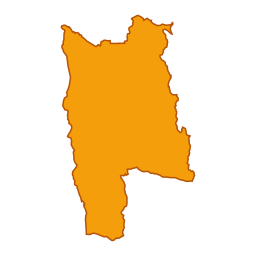 outline of Pietrosani, Arges, Romania
{"feature_id": "2599482B78356313934610", "entity_name": "Pietrosani", "entity_type": "district", "adm_level": 2, "iso_a3": "ROU", "parent_name": "Romania", "parent_adm1": "Arges", "projection": "albers", "projection_center": [24.853, 45.151], "detail": "fine", "context": "isolated", "style": "filled", "palette": "amber", "viewbox_px": 256, "rotation_deg": 0, "n_neighbors": 0, "source": "geoboundaries", "source_scale": "gbopen_adm2", "svg_char_len": 5759}
<svg xmlns="http://www.w3.org/2000/svg" viewBox="0 0 256 256"><path d="M192.3,181.1L192.6,180.0L193.6,177.8L194.0,176.4L194.6,175.6L194.0,174.0L194.0,173.6L194.2,173.1L193.4,171.7L192.6,171.0L191.7,171.5L191.3,171.4L190.4,170.2L189.2,170.1L188.7,169.6L188.3,168.3L188.7,165.8L189.0,165.0L188.5,164.2L187.5,163.8L187.2,163.0L187.3,162.6L187.9,161.8L187.8,161.1L187.9,159.9L188.1,159.6L188.3,158.9L187.8,158.0L187.7,157.6L188.0,156.8L188.7,156.0L189.2,155.1L189.1,154.0L189.6,153.4L189.6,152.7L189.3,152.1L189.2,150.7L189.3,150.4L189.9,149.9L190.0,147.8L190.4,146.3L190.3,145.5L189.5,144.2L189.1,142.2L189.1,140.1L188.6,138.7L189.8,136.4L190.1,136.0L189.5,135.6L189.0,135.9L188.4,135.8L187.5,135.1L187.1,135.0L186.8,134.8L186.2,132.9L185.8,130.2L185.4,128.6L184.9,128.2L183.4,127.7L182.8,127.2L182.5,127.2L182.4,128.2L181.7,129.2L182.0,130.5L181.9,131.0L180.9,132.5L179.7,132.1L177.6,130.1L177.4,128.9L177.0,128.5L176.9,127.4L177.2,127.0L177.1,126.3L176.3,125.4L176.3,124.8L175.8,124.0L175.8,122.8L176.3,121.7L176.8,121.2L176.8,120.5L177.3,119.7L177.2,118.4L176.2,117.2L176.1,116.7L176.0,115.1L176.6,113.5L176.5,112.2L176.6,111.9L176.6,111.6L176.0,110.9L176.0,109.6L175.4,108.3L174.9,107.8L175.0,107.1L174.8,106.6L175.5,106.2L176.1,105.5L175.4,104.4L175.4,104.0L176.6,101.4L176.9,100.9L178.1,100.5L178.1,98.2L177.6,97.3L176.8,96.5L176.8,94.7L173.9,94.9L172.1,94.5L171.2,93.3L170.1,92.5L169.9,92.1L170.1,90.4L169.5,89.2L169.2,86.7L168.3,86.7L168.3,83.9L168.8,81.9L171.0,77.5L170.5,77.4L171.1,75.4L170.2,75.3L168.1,71.2L167.5,69.4L167.3,66.4L166.5,65.9L165.6,64.8L165.3,63.6L165.3,62.6L164.3,61.5L162.8,60.4L161.7,60.0L160.0,56.8L159.9,55.8L160.1,55.2L162.1,54.8L163.1,52.7L163.3,50.3L164.8,48.2L165.8,47.4L166.7,47.1L167.1,45.4L167.3,43.4L167.7,42.4L167.2,40.0L166.9,39.5L166.0,38.7L165.7,37.9L165.7,35.2L165.3,34.4L164.1,33.3L163.5,32.4L162.9,31.0L162.9,30.3L164.5,29.3L165.5,29.4L167.7,30.7L171.5,34.0L172.0,34.1L170.8,30.9L170.2,28.9L171.1,26.2L172.9,24.1L172.5,22.0L172.0,23.7L170.5,24.8L166.3,25.2L164.8,24.9L162.4,24.1L160.0,25.5L158.0,25.4L157.0,25.6L155.2,24.4L154.3,24.3L153.4,23.7L151.3,22.1L151.4,20.4L150.3,20.7L147.2,18.3L143.8,20.3L143.4,18.7L142.0,17.5L138.2,15.4L136.7,15.8L131.8,18.4L131.6,19.0L133.1,20.4L133.2,21.5L132.9,22.2L132.8,23.4L132.9,24.1L132.4,25.6L129.2,27.7L128.8,28.8L129.2,30.6L129.5,31.1L129.8,32.1L129.6,33.3L129.1,33.7L127.9,33.6L127.6,33.9L127.1,36.3L127.4,39.8L127.2,40.8L126.7,41.1L125.2,41.0L124.5,41.5L124.5,42.4L124.7,43.3L118.2,43.3L118.3,43.5L110.5,43.4L110.1,40.6L107.7,40.8L105.6,40.3L104.1,40.2L102.9,41.1L101.9,41.4L101.0,42.0L100.8,43.1L100.9,44.9L100.5,45.1L100.1,45.9L99.7,45.8L99.4,45.3L98.6,44.6L98.1,44.6L97.7,45.4L95.9,46.6L87.0,41.2L82.8,37.3L81.7,37.0L81.7,36.5L81.5,35.3L80.6,35.0L79.9,35.2L79.9,34.7L79.3,34.5L79.1,34.2L79.1,33.7L78.6,33.1L78.0,33.1L77.1,32.6L75.6,32.7L74.7,33.2L74.5,32.6L74.0,31.8L73.3,31.7L72.6,32.0L70.5,28.4L69.6,27.6L69.5,27.3L69.1,27.4L68.9,26.8L67.3,26.7L66.1,25.7L65.2,25.3L63.9,25.2L61.7,26.0L61.4,27.0L61.5,27.7L63.1,29.3L64.4,29.8L64.8,30.6L64.7,31.6L64.2,32.8L64.0,35.2L63.9,39.5L63.2,41.9L63.3,44.4L62.7,44.5L62.1,45.4L61.9,46.8L62.1,48.0L63.4,50.4L63.4,51.5L66.8,56.0L68.0,65.8L70.5,77.2L69.5,84.2L68.8,87.2L66.6,92.7L66.9,93.3L67.3,95.7L66.2,97.0L64.5,98.1L63.5,100.8L62.8,105.9L63.0,106.5L63.7,107.4L64.7,109.7L67.5,110.4L68.1,111.2L67.9,111.7L68.0,112.1L67.8,114.1L67.5,115.1L67.4,115.8L68.0,117.0L68.1,117.9L67.7,118.5L67.6,119.0L67.7,119.4L68.7,120.4L69.0,121.7L68.8,123.2L69.3,123.7L69.7,123.7L71.4,125.7L71.8,127.6L71.7,128.3L70.0,132.1L68.6,134.2L67.5,136.4L68.5,137.3L69.0,137.3L70.8,137.9L71.6,140.9L71.2,144.6L72.9,148.1L74.3,150.0L74.5,150.5L74.4,151.0L73.6,151.4L73.4,152.4L73.4,153.4L74.0,156.8L73.8,159.0L74.7,161.8L76.1,164.1L76.9,164.7L76.5,165.8L76.6,166.7L76.5,167.0L76.2,167.1L72.6,171.9L72.8,172.9L72.5,173.4L72.3,174.0L72.6,174.6L72.6,175.2L73.2,176.1L73.5,177.6L73.4,178.5L73.7,178.8L74.2,180.0L74.9,180.7L74.6,182.6L74.7,183.6L74.5,184.2L74.9,184.8L75.6,185.4L76.4,185.5L77.3,186.3L77.1,187.5L77.2,188.3L77.7,189.2L78.3,190.9L78.4,191.6L79.0,193.1L79.4,194.1L79.3,194.8L80.6,197.1L81.5,201.2L81.6,201.5L82.3,200.7L84.7,203.7L83.8,204.4L84.5,205.2L84.0,205.6L83.9,206.5L84.9,208.2L85.7,210.1L86.1,211.9L86.5,212.4L86.7,213.1L86.5,213.8L85.9,215.1L85.5,218.8L85.6,219.1L85.5,219.7L85.5,220.4L85.7,221.6L86.4,234.3L89.4,234.5L90.6,234.2L93.1,233.2L94.3,233.3L97.2,234.1L104.2,236.9L105.8,236.6L106.8,236.7L110.7,239.7L112.2,240.6L114.4,239.9L115.7,238.3L116.2,238.5L116.6,238.2L117.2,238.3L117.8,238.0L119.2,238.1L120.2,237.5L120.7,237.0L122.1,236.5L122.1,236.1L123.3,235.9L123.6,235.1L123.0,234.4L122.7,232.7L122.7,231.5L124.3,227.3L123.9,226.2L123.8,225.0L124.1,224.0L124.0,223.1L124.5,220.2L123.6,219.1L123.0,218.1L123.0,217.6L123.7,215.6L123.5,215.0L122.3,214.7L121.5,213.6L121.2,212.5L121.6,211.6L123.6,209.2L124.5,207.0L125.0,206.6L125.7,206.5L126.4,206.0L126.8,204.8L126.7,203.9L127.0,203.0L126.9,199.3L127.1,198.2L126.4,195.5L125.2,193.3L125.0,191.0L124.5,190.1L124.5,188.2L124.9,186.9L125.1,185.8L124.9,184.8L124.3,183.5L124.0,182.4L123.7,181.7L122.1,179.4L121.8,178.6L120.9,177.8L120.9,176.6L120.5,176.0L121.7,175.3L123.6,175.8L124.3,175.6L124.9,174.9L125.1,174.0L125.5,174.1L125.7,174.9L126.3,174.8L126.5,175.1L128.2,174.1L127.6,172.6L127.6,170.2L127.1,169.5L128.2,169.0L129.9,169.3L131.1,169.0L131.5,169.0L132.5,168.3L135.2,167.9L136.4,167.3L136.8,167.3L137.3,167.9L138.0,168.1L138.3,169.0L138.5,169.3L140.6,170.4L142.0,171.3L143.6,171.7L146.1,171.4L147.0,171.6L147.7,171.4L148.2,171.4L150.5,173.2L153.3,173.2L154.2,173.9L156.1,173.7L157.7,174.5L159.7,175.0L162.5,177.0L166.8,177.1L170.2,177.6L175.5,177.7L179.8,179.6L183.6,180.4L186.1,181.3L187.6,181.4L189.8,181.1L192.3,181.1Z" fill="#f59e0b" stroke="#b45309" stroke-width="1.5"/></svg>